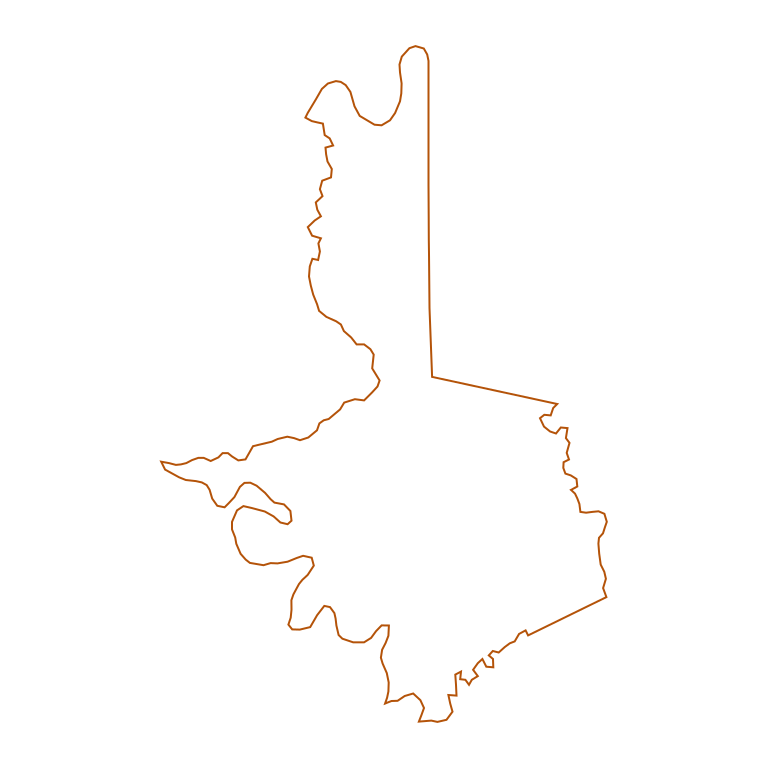 São João, Paraná, Brazil
{"feature_id": "56859067B79331660525337", "entity_name": "São João", "entity_type": "district", "adm_level": 2, "iso_a3": "BRA", "parent_name": "Brazil", "parent_adm1": "Paraná", "projection": "robinson", "projection_center": [-52.816, -25.741], "detail": "fine", "context": "isolated", "style": "outline", "palette": "amber", "viewbox_px": 768, "rotation_deg": 0, "n_neighbors": 0, "source": "geoboundaries", "source_scale": "gbopen_adm2", "svg_char_len": 3314}
<svg xmlns="http://www.w3.org/2000/svg" viewBox="0 0 768 768"><path d="M557.2,404.0L432.1,376.9L429.5,308.0L429.0,253.8L428.8,239.5L428.7,217.8L428.5,184.4L428.5,60.9L427.2,54.5L423.8,48.5L415.5,46.1L409.4,48.2L401.8,56.6L399.5,64.5L400.0,72.4L401.6,83.4L401.3,93.4L400.0,101.3L395.1,113.0L390.0,120.3L381.6,125.3L374.5,124.7L359.7,115.9L354.5,106.3L350.4,91.9L345.7,85.1L340.8,81.9L335.9,81.1L327.9,83.5L321.9,88.9L315.8,99.5L307.8,112.8L305.4,117.6L311.8,121.1L317.3,122.4L322.9,123.6L324.7,135.1L329.7,138.4L333.1,145.5L325.5,147.6L326.1,154.2L327.5,161.5L331.8,169.0L331.0,177.4L322.2,180.7L319.9,189.2L322.5,196.1L315.8,202.4L317.3,209.7L320.9,216.3L314.7,220.5L307.8,227.1L312.1,235.7L320.9,238.3L318.4,243.4L319.9,251.5L318.1,260.0L312.4,258.8L309.8,266.4L309.0,276.5L310.8,285.6L313.2,294.6L317.1,304.3L319.1,310.9L326.4,316.9L336.2,321.3L340.9,324.5L343.9,331.1L351.2,337.5L356.6,344.4L364.1,344.4L370.4,349.2L373.7,354.6L372.2,368.4L379.6,380.5L377.5,386.5L372.2,392.3L364.1,400.4L354.9,399.2L344.2,402.6L340.1,409.4L328.7,419.0L323.7,420.3L319.4,423.4L317.0,430.3L308.3,437.5L300.0,440.2L294.0,438.1L287.3,436.7L277.7,439.0L271.8,441.7L257.9,445.0L253.0,446.2L245.5,459.4L238.3,460.4L232.1,456.5L227.9,453.1L222.6,453.1L218.4,457.4L210.7,461.0L203.8,457.9L198.2,457.9L192.0,460.1L186.3,463.1L180.9,464.4L175.9,464.9L169.0,463.1L161.2,461.7L165.1,469.6L179.1,477.3L185.8,480.0L195.9,481.1L201.8,482.4L206.7,485.1L209.6,489.8L212.2,498.6L217.3,505.8L224.6,507.3L228.7,503.2L234.4,497.1L239.9,486.9L244.4,482.9L250.3,482.7L256.6,485.7L265.1,492.9L270.6,499.2L274.4,502.6L284.0,504.4L290.4,511.0L291.5,520.7L287.6,524.2L280.4,522.5L273.6,516.4L264.8,511.5L251.7,508.0L243.4,506.1L237.0,510.4L232.0,521.9L232.0,529.4L235.2,537.5L236.3,543.8L240.6,553.8L245.7,559.6L249.9,562.9L263.5,565.2L270.6,563.1L277.5,563.4L287.6,561.7L296.7,558.0L303.1,555.8L311.7,557.7L313.8,565.6L307.7,574.9L302.4,579.8L299.0,584.0L296.4,588.8L293.4,594.4L291.4,600.2L291.5,609.8L290.7,617.7L288.4,624.6L292.2,629.4L299.8,629.6L310.2,627.1L317.1,615.2L324.3,605.9L330.0,607.1L334.4,613.1L335.6,618.6L336.4,625.5L338.6,635.0L342.4,638.7L353.1,642.3L358.2,642.3L364.1,642.3L371.1,637.9L376.0,631.2L381.6,625.4L388.9,625.5L388.4,635.8L385.6,643.0L382.1,649.8L380.9,657.7L382.6,663.5L386.8,673.1L388.7,682.5L388.4,691.5L387.1,697.7L385.1,703.5L391.5,701.0L397.6,700.8L404.7,696.0L413.2,693.5L420.4,700.2L424.0,708.0L421.4,715.2L418.9,721.6L431.3,720.6L437.4,721.9L446.5,719.8L452.5,711.7L450.2,703.5L448.4,695.0L456.5,695.6L456.0,684.8L455.3,674.6L461.0,671.6L460.2,679.2L465.4,679.8L469.0,684.8L471.8,679.8L477.8,676.1L473.1,669.8L477.8,663.2L482.4,659.0L486.3,666.7L493.3,667.3L493.0,659.0L488.8,655.4L492.8,651.0L498.7,652.5L504.7,647.1L509.8,643.3L514.7,641.4L519.1,633.9L525.6,630.4L528.1,635.4L606.4,597.1L603.1,588.1L605.9,578.8L604.3,571.8L600.7,564.6L599.2,553.7L598.4,543.6L599.0,537.8L603.0,533.3L604.9,527.3L606.8,521.8L604.4,513.8L598.5,511.3L592.3,511.9L586.1,512.7L580.4,511.9L579.4,504.0L577.3,498.4L575.0,493.6L571.0,489.9L577.3,486.5L576.5,479.0L570.8,475.4L565.4,473.6L563.3,467.9L563.6,462.2L569.0,459.5L566.7,452.9L569.5,442.9L565.9,438.1L567.5,428.1L560.8,427.5L556.0,433.5L550.1,431.5L544.0,426.6L540.0,418.2L544.3,414.8L550.7,415.4L553.2,408.0L557.2,404.0Z" fill="none" stroke="#b45309" stroke-width="2"/></svg>